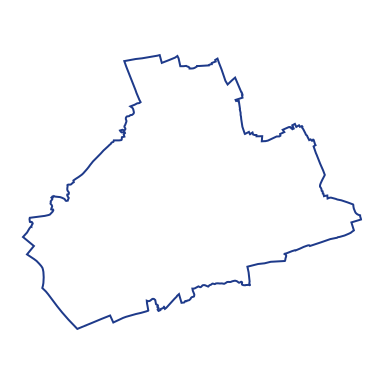 Tieu Can, Trà Vinh, Vietnam (Mercator projection)
{"feature_id": "81297802B7308282486980", "entity_name": "Tieu Can", "entity_type": "district", "adm_level": 2, "iso_a3": "VNM", "parent_name": "Vietnam", "parent_adm1": "Trà Vinh", "projection": "mercator", "projection_center": [106.203, 9.81], "detail": "fine", "context": "isolated", "style": "outline", "palette": "blue", "viewbox_px": 384, "rotation_deg": 0, "n_neighbors": 0, "source": "geoboundaries", "source_scale": "gbopen_adm2", "svg_char_len": 5945}
<svg xmlns="http://www.w3.org/2000/svg" viewBox="0 0 384 384"><path d="M130.4,106.4L132.1,107.6L132.6,108.1L133.1,109.0L133.3,109.6L133.8,111.8L133.9,112.7L133.7,113.3L133.3,113.9L132.2,114.8L131.7,115.0L130.4,115.1L129.2,116.1L128.8,116.2L127.1,116.4L126.7,116.6L126.1,117.4L125.9,117.8L125.8,119.0L126.4,120.7L126.4,121.6L125.2,124.9L124.6,125.8L124.4,126.8L124.5,127.1L125.3,128.4L125.4,128.9L125.2,129.6L124.7,130.0L124.3,130.2L123.5,130.2L122.7,129.8L122.3,129.8L120.0,130.5L120.6,131.5L121.4,132.2L121.7,132.4L122.8,132.3L123.7,131.9L124.1,131.9L124.7,132.2L125.0,133.1L123.8,134.2L123.7,134.4L124.4,136.6L121.9,137.2L121.7,139.6L121.5,139.9L121.2,140.1L119.2,140.4L113.8,140.4L113.5,141.7L113.3,141.9L111.8,142.5L111.4,142.8L110.6,144.1L109.7,144.7L108.1,146.3L103.5,150.5L100.7,153.6L93.0,161.4L89.5,165.8L89.4,166.1L87.1,169.0L83.3,173.3L81.8,174.7L78.6,177.0L75.8,178.8L73.4,180.5L73.8,182.2L72.8,182.8L71.0,184.4L70.4,184.6L68.2,184.6L67.6,184.9L67.4,185.1L67.6,186.2L67.3,188.2L67.3,189.8L67.6,190.7L68.8,192.4L68.9,192.7L68.8,193.8L68.5,194.3L68.1,194.5L67.4,194.4L67.2,194.8L67.2,195.2L67.8,196.7L68.7,197.8L68.7,198.2L67.9,199.9L67.8,200.6L66.5,200.9L65.9,200.8L65.5,200.5L65.0,199.5L64.2,198.8L62.1,197.8L60.1,197.1L55.2,196.6L54.0,196.1L53.8,196.5L53.4,196.8L52.8,196.4L52.5,196.4L52.0,197.1L51.4,197.6L51.6,197.9L52.3,198.3L52.4,198.9L52.1,199.5L50.7,201.3L50.8,202.5L50.5,203.4L50.6,203.9L51.6,204.9L52.1,206.1L52.1,206.7L51.4,208.3L51.2,209.4L51.8,209.6L53.0,209.5L53.2,209.8L53.3,210.3L53.1,210.8L52.5,211.8L49.8,214.6L48.3,215.1L44.7,215.9L29.8,217.8L29.5,219.1L29.9,221.9L30.3,222.1L31.4,221.9L31.8,222.0L32.5,222.9L32.7,223.7L32.1,224.2L31.9,225.1L31.4,226.1L31.4,226.8L30.9,226.6L29.4,228.5L27.0,232.6L25.6,234.1L23.0,237.0L33.9,246.0L27.0,254.4L34.1,259.1L36.6,261.0L39.2,263.7L41.2,266.0L42.4,267.8L42.9,269.4L43.4,271.9L43.7,277.3L43.4,283.0L42.9,285.8L42.3,288.0L45.9,291.5L48.2,294.3L57.2,306.3L62.1,312.4L68.5,319.7L77.3,328.9L92.2,322.8L101.8,318.8L110.1,315.5L113.3,322.5L123.1,317.9L126.1,316.8L136.0,314.0L140.9,312.9L146.2,311.4L148.2,310.7L148.3,310.5L147.5,305.9L147.0,303.3L146.8,300.7L148.1,301.2L149.5,301.0L150.4,300.5L152.1,299.1L153.0,298.8L154.0,299.0L155.2,300.0L155.3,300.3L155.9,303.6L156.0,304.1L156.3,304.4L157.1,304.7L157.9,305.4L157.9,305.7L157.4,306.3L157.4,307.0L158.2,307.3L158.4,307.7L158.4,308.1L158.4,308.4L157.7,309.2L157.6,309.6L158.5,310.9L159.6,310.5L160.4,310.0L160.2,309.3L163.6,307.8L163.8,307.0L164.0,306.8L164.2,307.0L164.5,308.3L164.9,308.9L166.4,307.7L174.3,299.0L176.7,296.6L177.1,295.8L179.0,294.1L181.5,302.8L184.1,302.5L184.6,302.1L185.2,301.1L185.7,301.0L186.6,301.2L187.2,300.6L188.3,300.4L189.3,300.1L190.5,298.9L190.9,298.1L191.5,297.4L192.0,297.1L193.8,296.6L194.0,296.4L194.2,295.7L194.3,294.4L192.8,290.7L192.4,288.6L193.6,288.6L194.7,288.4L198.4,286.4L200.0,287.1L200.7,287.1L201.2,286.8L202.5,285.4L203.0,285.2L204.0,285.1L204.9,285.2L208.2,286.6L208.4,286.5L208.9,285.8L209.6,285.2L211.0,284.7L212.3,283.7L212.8,283.6L214.7,284.1L215.1,284.0L215.8,283.5L216.4,283.4L217.8,283.3L219.8,283.5L221.9,283.4L224.1,283.8L224.4,283.7L225.5,283.1L227.2,282.0L228.5,281.9L229.6,282.0L230.2,282.0L230.8,281.9L232.2,281.3L234.3,280.8L235.1,280.7L236.3,281.0L237.4,281.5L238.7,282.6L239.1,282.7L239.6,282.6L241.0,281.8L241.5,281.8L241.8,282.0L242.1,282.4L241.9,284.0L242.0,284.5L243.1,285.1L245.1,285.3L245.9,285.0L249.1,284.9L249.7,285.2L249.9,285.1L249.9,284.7L249.3,283.4L249.6,281.5L248.6,272.3L247.4,266.7L258.1,264.0L264.6,263.3L270.7,261.8L284.8,261.0L285.2,260.2L285.6,258.0L286.0,256.9L286.2,255.9L286.1,255.3L285.9,255.0L285.2,254.4L284.6,254.0L285.1,253.6L286.0,253.5L292.1,251.1L295.1,250.2L295.4,250.5L300.0,248.6L303.7,246.9L307.3,245.6L308.4,245.3L309.3,245.3L309.5,245.4L309.9,246.0L320.8,242.4L330.3,239.1L336.2,237.9L336.9,237.8L337.9,237.2L339.7,236.9L344.6,235.5L348.6,233.8L350.7,232.8L351.8,231.9L353.9,230.4L351.4,222.4L361.0,219.5L360.9,218.8L360.2,216.5L360.1,215.8L360.1,215.3L358.6,214.9L357.2,214.2L355.8,213.0L355.2,212.0L353.8,208.5L353.4,206.4L353.3,204.9L353.0,204.4L347.6,202.4L341.3,200.3L337.3,199.5L335.8,198.9L330.9,197.6L329.4,197.8L327.6,198.5L327.3,195.5L325.5,195.8L324.0,196.2L323.4,193.6L322.8,193.5L322.6,191.3L321.8,191.0L321.6,190.7L321.6,190.0L321.3,188.7L320.6,187.4L320.0,186.7L320.0,185.5L320.2,184.6L320.8,183.0L322.2,180.0L324.4,175.8L324.8,174.9L323.1,170.4L320.2,163.8L316.5,154.4L316.0,153.4L313.6,146.4L315.5,145.1L315.2,144.8L313.7,140.0L313.4,139.7L313.0,139.7L312.4,140.6L312.1,140.8L311.8,140.7L310.6,139.4L309.2,140.1L307.4,136.6L307.1,135.7L306.9,135.5L306.1,134.9L305.8,134.5L305.5,133.6L303.2,129.1L302.2,127.8L302.1,127.1L302.4,126.8L301.9,126.1L299.9,126.8L299.0,125.3L296.3,126.9L294.9,123.9L292.3,125.3L293.7,128.6L292.4,129.2L291.9,128.6L291.6,128.5L291.4,128.4L291.1,127.5L290.3,127.5L290.0,127.0L288.8,127.1L282.7,129.8L284.3,132.1L280.1,134.0L280.4,135.7L279.4,136.4L276.6,136.5L267.9,140.6L265.6,141.1L261.8,141.3L262.2,136.2L256.5,136.3L256.4,135.0L254.5,135.0L253.1,134.5L252.5,132.5L251.1,133.4L250.5,133.9L250.3,134.4L250.3,135.0L248.9,131.9L244.9,134.0L244.8,133.9L242.4,126.8L241.2,119.0L241.0,116.6L240.8,115.9L240.6,114.7L240.6,112.8L239.8,109.4L240.0,109.0L238.8,101.0L238.0,101.2L237.6,100.6L236.1,101.0L235.6,99.9L242.5,97.7L242.0,95.1L242.5,95.0L242.5,94.6L241.7,92.4L241.4,92.4L235.1,77.6L232.0,80.3L227.6,84.5L225.4,80.8L224.5,78.1L221.5,69.3L218.8,62.4L217.5,58.6L215.2,60.0L215.7,61.5L211.8,63.0L211.8,64.1L211.3,64.1L209.0,64.9L208.9,65.4L199.1,66.0L197.0,66.0L196.9,66.5L195.1,67.6L194.0,68.1L193.0,68.4L191.5,68.5L189.5,68.5L189.4,67.6L188.9,67.2L188.4,66.8L187.7,66.7L186.2,65.9L183.4,66.2L180.3,66.2L178.6,58.4L177.4,56.0L175.1,57.6L169.0,60.1L161.8,62.9L159.7,55.1L157.3,55.7L142.1,58.3L135.8,59.0L124.3,61.1L126.2,66.5L135.5,90.1L136.5,93.0L139.4,99.9L140.6,102.1L139.4,103.0L138.5,103.2L137.3,103.3L134.7,104.7L130.4,106.4Z" fill="none" stroke="#1e3a8a" stroke-width="2"/></svg>